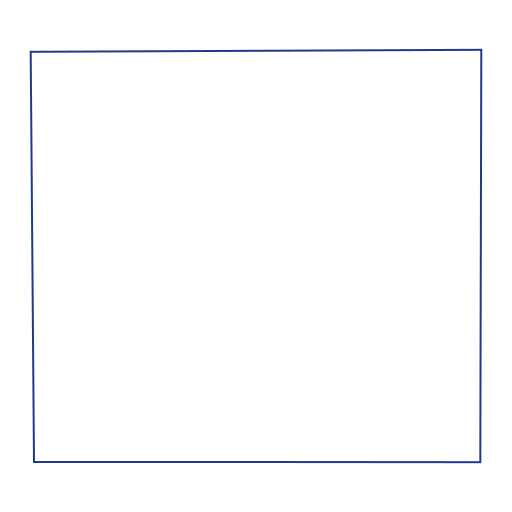 Isabella, Michigan, United States of America (Natural Earth projection)
{"feature_id": "52423323B85066348790949", "entity_name": "Isabella", "entity_type": "district", "adm_level": 2, "iso_a3": "USA", "parent_name": "United States of America", "parent_adm1": "Michigan", "projection": "natural_earth1", "projection_center": [-84.887, 43.641], "detail": "fine", "context": "isolated", "style": "outline", "palette": "blue", "viewbox_px": 512, "rotation_deg": 0, "n_neighbors": 0, "source": "geoboundaries", "source_scale": "gbopen_adm2", "svg_char_len": 193}
<svg xmlns="http://www.w3.org/2000/svg" viewBox="0 0 512 512"><path d="M30.7,51.8L34.0,462.0L257.4,462.0L480.3,462.2L481.3,49.8L30.7,51.8Z" fill="none" stroke="#1e3a8a" stroke-width="2"/></svg>